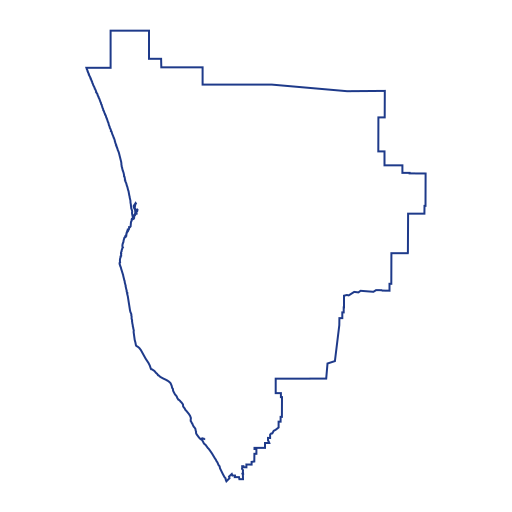 the district of Northampton, Western Australia, Australia
{"feature_id": "25037944B43886071852017", "entity_name": "Northampton", "entity_type": "district", "adm_level": 2, "iso_a3": "AUS", "parent_name": "Australia", "parent_adm1": "Western Australia", "projection": "equal_earth", "projection_center": [114.191, -27.828], "detail": "fine", "context": "isolated", "style": "outline", "palette": "blue", "viewbox_px": 512, "rotation_deg": 0, "n_neighbors": 0, "source": "geoboundaries", "source_scale": "gbopen_adm2", "svg_char_len": 5966}
<svg xmlns="http://www.w3.org/2000/svg" viewBox="0 0 512 512"><path d="M391.4,253.2L407.8,253.2L407.9,252.6L408.1,213.7L424.4,213.7L424.5,205.9L425.5,205.9L425.6,173.5L409.6,173.4L409.6,172.9L402.4,172.9L402.4,165.3L384.5,165.3L384.5,151.4L378.3,151.4L378.4,117.4L384.7,117.4L384.8,90.9L347.1,91.2L271.8,84.6L202.6,84.6L202.6,67.3L161.3,67.3L161.1,58.8L149.0,58.8L149.0,30.7L110.6,30.7L110.6,67.8L86.4,67.8L86.7,68.7L86.9,69.5L87.1,69.7L87.5,70.5L87.6,71.4L87.9,71.7L88.0,72.4L88.5,73.2L88.8,74.5L89.0,74.5L89.1,75.1L90.5,77.9L90.5,78.5L90.8,78.6L91.0,79.1L91.1,79.8L91.6,80.5L91.7,81.2L92.1,81.7L92.3,82.9L92.8,83.7L93.3,85.3L94.2,86.9L94.5,87.8L94.7,88.1L94.8,88.8L95.2,89.2L95.8,90.6L96.2,91.9L96.1,92.1L96.5,92.4L96.7,93.2L97.3,93.8L97.8,95.6L98.6,97.0L98.6,97.5L98.8,97.9L99.3,98.7L100.5,102.1L100.9,102.7L101.1,104.0L101.7,104.8L101.8,105.7L102.2,106.6L102.4,107.6L103.1,109.0L103.3,110.4L103.5,110.5L103.9,111.1L104.4,112.8L105.0,113.9L105.0,114.4L105.3,114.7L105.4,115.2L105.6,115.3L106.0,116.3L106.1,117.1L106.5,117.7L106.7,118.6L106.9,118.7L107.8,121.6L108.1,122.3L108.3,122.5L109.0,125.4L109.6,126.5L109.8,127.8L110.5,129.0L111.0,130.5L111.1,130.9L111.0,131.2L111.5,131.5L112.2,133.9L113.2,136.2L113.7,137.8L113.9,137.9L114.8,140.5L114.8,141.1L115.2,142.1L115.2,142.4L115.3,142.9L115.6,143.4L115.7,143.9L116.2,144.9L116.2,145.2L116.1,145.3L116.4,145.7L116.4,146.3L117.0,147.3L116.9,147.5L117.5,148.9L117.7,149.9L118.5,151.6L118.6,152.0L118.9,152.8L121.2,162.0L121.4,163.6L121.4,164.8L121.6,165.3L121.7,166.7L122.1,167.6L122.2,168.6L122.4,169.1L122.7,170.5L122.9,170.7L122.9,171.0L123.1,171.4L123.6,173.0L124.1,175.3L124.0,175.8L124.1,176.5L124.5,176.8L124.6,177.2L124.9,178.7L124.9,179.9L125.1,180.0L125.1,180.3L125.3,180.5L125.3,181.3L126.2,183.2L126.8,185.5L127.4,187.1L128.0,189.7L128.5,191.1L129.3,195.5L129.6,196.6L129.7,197.6L130.4,200.5L130.5,202.6L130.9,204.8L130.9,205.4L131.1,206.8L131.2,208.1L132.1,210.8L132.2,211.5L132.0,213.0L132.3,214.9L132.7,216.6L133.1,217.5L133.2,218.2L133.5,218.3L133.7,218.0L133.5,217.1L133.2,216.8L133.2,216.3L133.3,215.6L133.7,215.3L134.4,215.2L135.2,213.3L135.3,212.1L135.2,210.7L134.9,209.3L134.4,208.7L133.9,207.5L133.7,206.0L133.9,205.5L134.3,205.1L135.6,203.1L135.9,203.6L135.3,204.2L134.7,208.1L136.2,210.0L137.1,210.1L137.4,209.7L137.5,209.8L137.2,211.1L136.8,211.2L136.4,212.7L136.6,213.6L136.0,213.7L135.8,214.1L135.4,214.4L135.0,215.3L134.6,215.5L134.2,216.2L134.1,218.1L133.8,218.7L132.9,219.2L132.9,218.6L132.6,218.9L132.1,218.6L131.9,218.7L131.6,219.9L131.6,220.8L131.0,222.0L130.6,226.4L130.0,227.1L129.1,227.1L129.1,228.5L128.8,229.6L128.3,230.1L127.9,229.9L127.9,230.1L127.7,229.9L127.5,230.2L127.3,230.9L127.3,231.6L126.9,232.7L126.7,232.6L126.5,233.2L126.3,234.7L126.4,234.9L126.0,235.2L125.9,235.8L126.0,236.0L125.8,236.1L125.8,236.3L125.6,236.3L125.7,236.8L125.5,237.0L125.2,236.9L125.2,237.2L124.9,237.4L124.4,237.7L123.6,240.5L123.4,242.1L123.1,242.5L123.0,243.1L122.7,243.7L122.4,245.3L122.4,246.3L122.5,246.5L122.5,247.0L122.9,247.4L122.2,248.5L122.2,248.9L121.6,250.4L121.7,251.0L121.1,252.3L121.0,253.4L121.2,253.6L121.0,254.0L121.1,254.4L121.2,255.8L120.7,256.2L120.8,256.3L120.7,257.0L120.3,257.9L120.0,259.2L119.9,261.1L120.1,262.4L119.5,263.1L119.7,263.8L119.7,264.5L120.1,265.2L120.1,265.8L120.5,266.4L120.5,266.7L120.9,267.6L121.2,268.9L122.9,274.4L123.1,274.9L123.2,275.7L124.4,280.6L124.6,280.9L124.8,282.6L125.7,285.9L125.6,286.2L126.2,288.9L126.7,290.7L126.6,291.1L126.8,292.0L127.4,292.9L127.4,293.2L127.1,293.6L127.8,296.3L130.0,310.3L130.4,312.0L131.2,313.8L131.2,314.1L131.4,314.8L131.3,315.6L131.6,316.3L131.6,318.7L132.1,320.2L132.0,321.2L132.2,322.1L132.3,323.2L132.6,324.5L132.8,325.7L132.8,326.3L133.2,327.5L133.2,328.0L133.8,330.6L133.6,331.9L134.7,339.9L135.4,342.5L135.9,345.1L136.3,345.9L138.0,346.9L139.3,348.0L140.9,350.1L145.6,358.6L148.5,363.0L149.8,365.6L150.7,368.3L151.1,369.2L151.9,369.3L154.2,370.8L154.9,371.5L155.8,372.7L157.2,373.9L158.0,375.2L158.4,375.2L160.3,376.9L163.2,378.5L166.0,379.8L166.7,380.3L167.0,380.3L168.9,381.6L170.3,382.9L170.6,383.3L171.7,385.9L171.9,386.8L172.1,387.8L172.9,388.9L173.0,390.1L173.3,391.2L175.1,394.6L175.6,395.0L176.7,396.4L177.3,398.0L178.4,399.7L178.9,399.8L180.2,401.0L180.6,401.7L181.3,402.2L182.8,404.2L183.0,404.6L183.1,406.2L183.7,407.3L184.7,408.4L185.3,409.8L186.3,410.8L188.9,414.0L190.1,415.9L190.9,418.1L190.7,419.6L190.7,421.0L191.0,421.3L191.9,423.2L192.3,423.5L192.6,424.5L193.7,426.7L194.5,427.5L195.4,428.9L195.6,430.3L196.1,431.9L196.0,432.9L196.6,434.3L198.9,437.4L200.2,438.8L201.0,439.4L201.5,439.4L201.6,438.8L202.2,438.3L202.4,438.4L202.1,438.6L202.3,438.7L203.7,438.6L204.2,438.8L204.2,438.6L204.2,438.4L204.3,438.8L204.5,438.8L201.8,438.8L201.6,439.4L202.9,441.4L203.6,442.9L204.2,443.8L205.6,444.9L207.9,448.1L208.6,448.7L210.0,450.6L212.0,453.5L215.1,458.7L215.7,459.4L216.6,461.3L217.4,462.3L218.5,465.0L219.6,466.3L220.0,468.3L222.8,474.0L224.6,477.3L225.5,478.2L225.7,479.0L225.7,479.7L226.4,481.3L229.5,478.2L229.0,476.6L231.8,474.0L232.4,475.5L235.0,475.5L235.1,476.4L234.9,477.1L239.0,477.1L239.4,479.2L243.0,479.2L242.9,475.1L242.5,473.8L243.1,473.8L242.9,471.4L243.0,470.4L243.0,470.2L242.0,468.8L242.2,467.9L242.2,466.2L243.4,466.2L243.4,467.2L246.4,467.3L246.4,464.5L251.6,464.6L251.6,461.9L254.3,461.5L254.4,453.8L256.4,453.8L256.4,449.0L254.5,449.0L254.5,447.9L265.0,447.9L265.0,443.0L269.3,443.0L269.1,442.4L268.0,440.3L268.0,437.9L270.1,438.0L270.1,434.8L270.2,434.5L271.2,433.5L272.3,433.4L273.7,430.8L275.5,429.9L278.6,427.5L278.6,421.7L280.6,421.7L280.6,416.9L281.9,416.9L282.0,397.1L280.9,397.1L280.9,393.1L275.7,393.1L275.7,378.7L326.2,378.6L327.5,363.5L334.9,361.1L339.3,325.2L339.4,318.1L342.3,318.1L342.3,312.4L343.7,312.4L343.7,307.4L344.0,307.4L344.0,295.7L346.9,295.0L348.7,295.4L354.2,291.9L358.4,292.4L360.6,290.8L373.4,291.8L376.1,290.1L381.6,290.2L382.3,290.6L389.5,290.7L389.5,283.8L391.3,283.8L391.4,253.2Z" fill="none" stroke="#1e3a8a" stroke-width="2"/></svg>